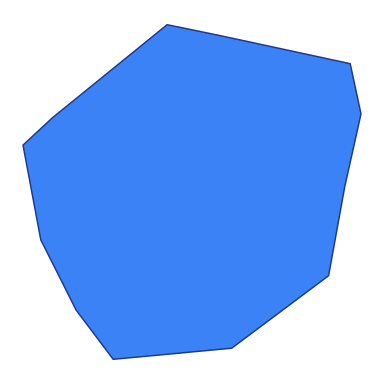 map outline of São Salvador do Mundo (Mercator projection)
{"feature_id": "CPV-5049", "entity_name": "São Salvador do Mundo", "entity_type": "state/province", "adm_level": 1, "iso_a3": "CPV", "parent_name": "Cabo Verde", "parent_adm1": "", "projection": "mercator", "projection_center": [-23.611, 15.073], "detail": "fine", "context": "isolated", "style": "filled", "palette": "blue", "viewbox_px": 384, "rotation_deg": 0, "n_neighbors": 0, "source": "natural_earth", "source_scale": "10m", "svg_char_len": 304}
<svg xmlns="http://www.w3.org/2000/svg" viewBox="0 0 384 384"><path d="M167.1,24.7L220.9,35.8L350.2,63.7L361.0,113.9L353.7,146.7L344.8,186.4L328.6,275.7L231.7,348.2L197.7,351.4L113.2,359.3L76.2,310.2L40.8,239.9L23.0,145.1L52.6,117.6L167.1,24.7Z" fill="#3b82f6" stroke="#1e3a8a" stroke-width="1.5"/></svg>